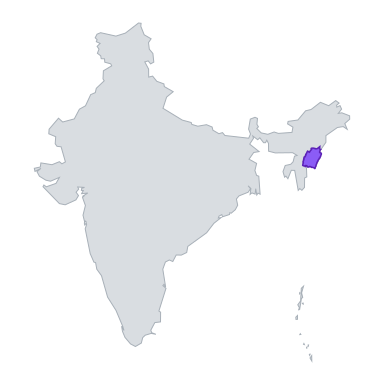 location of Manipur within India
{"feature_id": "IND-2478", "entity_name": "Manipur", "entity_type": "State", "adm_level": 1, "iso_a3": "IND", "parent_name": "India", "parent_adm1": "", "projection": "mercator", "projection_center": [93.694, 24.765], "detail": "fine", "context": "in_parent", "style": "filled", "palette": "violet", "viewbox_px": 384, "rotation_deg": 0, "n_neighbors": 0, "source": "natural_earth", "source_scale": "10m", "svg_char_len": 6284}
<svg xmlns="http://www.w3.org/2000/svg" viewBox="0 0 384 384"><path d="M34.3,168.3L40.3,167.0L40.9,162.9L52.0,164.7L59.4,161.7L61.9,163.8L65.4,161.9L61.1,146.8L57.0,146.3L55.2,143.8L55.7,136.7L48.8,133.8L49.1,129.2L58.5,118.2L62.7,122.0L74.3,118.9L79.4,109.2L85.5,105.8L90.7,94.6L95.3,92.6L96.3,88.3L104.2,80.8L103.0,78.9L103.4,70.8L111.7,65.8L110.7,63.8L104.8,62.2L104.5,58.8L101.2,58.7L100.7,55.8L97.4,53.3L99.0,49.1L97.1,46.4L100.1,43.4L96.3,41.7L97.1,39.6L95.2,37.8L97.0,34.2L100.6,32.7L115.9,36.1L125.4,33.1L138.5,23.0L141.1,23.3L140.8,26.3L144.2,34.8L151.1,38.8L148.5,42.6L149.3,49.2L152.9,53.5L153.8,62.1L150.6,63.9L148.2,60.9L144.8,61.9L148.6,69.1L148.7,77.1L152.6,76.1L156.8,81.3L163.9,83.9L164.3,86.6L173.2,91.7L166.6,97.1L163.0,108.3L182.3,120.1L191.2,122.5L191.8,124.4L197.8,126.2L206.5,124.7L212.1,127.0L212.9,130.2L218.9,133.7L222.5,132.6L224.9,135.5L248.7,138.2L250.5,134.0L248.6,129.1L250.3,119.1L255.0,117.3L257.5,118.4L256.9,124.3L258.4,126.8L256.8,128.5L261.2,132.9L267.8,134.3L274.1,132.0L278.4,133.4L292.0,132.4L292.9,127.1L287.6,123.9L288.1,121.4L297.9,120.0L305.6,110.8L311.1,109.5L320.4,102.3L328.7,105.7L335.7,100.6L339.1,103.1L336.6,105.2L336.8,107.1L340.0,105.6L341.6,109.1L338.3,113.4L341.8,112.8L349.6,115.8L349.7,119.2L344.8,123.5L347.2,129.3L343.2,126.6L337.4,127.5L325.9,135.6L325.9,142.3L319.9,150.9L321.3,154.2L315.0,168.1L306.4,165.9L306.8,176.9L304.6,178.0L304.5,187.4L301.9,190.3L299.8,188.6L298.2,190.4L294.7,170.4L291.3,170.3L287.9,178.7L285.9,176.1L284.6,177.2L283.0,171.6L285.2,165.5L290.7,164.3L293.1,161.8L294.5,156.2L297.1,155.4L292.6,152.7L275.2,152.9L268.6,151.2L268.5,143.5L266.8,140.2L265.5,142.7L263.6,142.7L259.8,137.8L257.7,139.7L252.8,136.0L253.5,138.3L249.7,144.1L259.1,151.6L253.7,152.5L249.0,159.2L256.6,163.4L254.9,170.5L256.6,175.4L258.8,176.2L260.1,194.2L258.0,193.1L256.8,195.0L255.7,188.7L255.1,194.1L251.9,192.9L250.1,194.4L250.9,188.5L248.1,185.8L250.5,188.7L248.2,192.2L239.0,195.9L236.4,199.0L237.7,205.2L235.3,209.7L231.2,213.2L229.8,212.7L229.5,214.5L222.5,216.8L221.8,214.6L219.0,216.1L218.3,218.0L221.1,217.6L213.9,223.3L206.6,232.8L187.8,246.4L186.7,252.5L181.3,255.1L176.2,255.0L172.8,261.5L169.3,260.0L165.4,262.0L162.8,269.2L165.6,286.9L163.9,284.4L162.9,285.6L166.0,288.3L158.9,311.0L160.6,312.2L160.5,321.9L154.8,322.6L150.8,330.2L151.7,332.7L155.9,334.3L151.2,333.4L145.2,335.2L142.7,337.6L141.3,343.1L135.4,346.5L130.5,343.9L125.0,337.4L122.5,331.4L121.6,326.2L124.0,330.5L122.7,326.3L116.0,310.4L107.6,297.1L101.5,275.7L96.8,269.2L95.6,262.6L93.9,262.1L90.2,253.6L85.2,228.8L86.6,224.5L86.3,223.0L84.8,225.0L84.4,223.9L84.5,221.3L86.4,221.6L84.3,220.6L83.0,215.2L85.4,205.5L82.5,197.4L83.7,196.3L82.4,196.4L87.8,193.0L81.6,193.7L83.3,190.5L81.4,190.4L81.7,188.3L84.5,187.4L77.7,187.0L78.7,189.1L76.1,192.2L78.5,195.6L75.9,199.9L65.2,204.8L59.4,203.6L43.0,186.7L43.9,185.0L46.3,186.8L56.0,183.4L59.4,177.4L50.5,181.2L45.9,180.2L39.4,176.2L37.0,171.7L40.9,168.4L35.0,171.4L34.3,168.3ZM299.8,308.5L297.8,304.8L300.6,300.9L301.3,288.3L303.5,286.2L301.6,292.9L302.7,297.4L301.4,298.6L299.8,308.5ZM311.7,355.6L311.8,361.0L310.0,358.0L311.7,355.6ZM297.5,319.3L296.0,319.4L295.8,317.2L297.5,315.5L297.5,319.3ZM306.9,347.1L306.8,348.7L306.5,347.2L306.9,347.1ZM308.6,345.0L308.0,347.0L308.2,344.9L308.6,345.0ZM310.3,353.7L309.7,355.4L309.3,354.7L310.3,353.7ZM300.8,334.5L299.8,334.6L300.3,333.7L300.8,334.5ZM299.5,309.3L298.5,310.2L299.0,308.8L299.5,309.3ZM303.0,303.0L303.5,304.5L302.4,303.4L303.0,303.0ZM304.4,344.6L303.5,344.3L303.9,343.5L304.4,344.6ZM299.9,292.9L299.4,294.5L299.7,292.7L299.9,292.9Z" fill="#d9dde1" stroke="#a8b0b8" stroke-width="1"/><path d="M320.7,149.4L320.5,149.6L320.2,150.0L319.6,151.8L319.6,152.3L319.9,152.7L320.3,152.8L320.7,152.9L321.1,153.1L321.3,153.4L321.4,153.9L321.3,154.4L321.1,154.8L320.9,155.0L320.7,156.1L320.6,156.4L320.1,157.0L320.1,157.3L320.1,157.5L320.0,157.8L319.9,158.0L319.7,158.2L319.4,158.2L319.2,158.3L319.2,158.5L318.9,159.3L318.8,159.5L318.3,159.9L318.2,160.0L318.0,160.8L317.8,160.9L317.7,161.0L317.6,161.6L317.3,161.8L317.2,162.0L317.2,162.3L316.9,162.6L316.8,162.9L316.8,163.3L316.7,163.5L316.2,164.7L316.1,165.2L316.0,165.6L316.0,165.8L315.9,165.9L315.8,166.1L315.8,166.5L315.7,166.7L315.2,167.4L315.1,167.6L315.1,167.8L315.1,168.1L315.1,168.3L314.9,168.5L314.7,168.5L314.6,168.3L314.4,168.1L313.6,167.6L313.4,167.6L313.0,167.5L312.7,167.4L312.4,167.3L311.5,167.4L311.3,167.3L310.9,166.7L310.5,166.6L310.0,166.5L309.5,166.5L309.2,166.7L309.2,166.8L309.0,167.0L308.9,167.0L308.8,166.9L308.7,166.9L308.2,167.1L307.8,167.1L307.7,167.0L307.7,166.8L307.6,166.7L307.2,166.3L307.1,166.2L306.8,165.7L306.6,165.6L306.3,165.7L306.2,165.9L306.1,166.1L305.6,166.4L305.6,166.2L305.4,165.8L305.2,166.0L304.9,166.2L304.7,166.1L304.6,165.9L304.4,165.9L304.2,166.0L303.9,166.0L303.8,165.9L303.6,165.8L302.8,165.5L302.7,165.4L302.7,165.2L302.8,165.1L302.8,164.7L302.9,164.4L302.9,164.2L303.0,163.9L303.0,163.5L303.0,163.4L303.0,163.2L303.3,162.9L303.3,162.6L303.1,162.4L303.1,162.0L303.0,161.9L303.0,161.7L303.3,161.4L303.4,160.4L303.5,160.0L303.6,159.9L303.8,159.9L303.9,159.6L303.7,159.2L303.9,158.9L304.0,158.7L303.9,158.6L303.8,158.4L303.8,158.2L304.0,157.8L304.1,157.4L304.1,157.2L304.3,156.9L304.5,156.8L304.7,157.0L304.8,157.0L305.0,156.9L305.1,156.7L305.3,156.2L305.6,155.8L305.6,155.6L305.4,155.5L305.4,155.4L305.5,155.3L305.7,155.2L305.8,155.1L305.7,154.6L305.7,154.4L305.8,154.2L306.0,154.0L306.3,153.9L306.3,153.7L306.5,153.4L306.8,152.6L307.1,151.9L307.3,151.6L307.4,151.4L307.7,151.1L307.8,151.2L307.9,151.3L308.0,151.4L308.2,151.5L308.3,151.5L308.5,151.7L308.8,151.7L308.9,151.8L309.0,151.9L309.0,152.0L309.3,152.3L309.5,152.2L309.9,151.6L310.2,151.0L310.2,150.9L310.4,150.6L310.7,150.4L311.6,149.4L311.6,149.2L311.5,148.9L311.4,148.9L311.1,148.8L311.1,148.7L311.2,148.4L311.3,148.3L311.5,148.2L312.9,148.1L313.4,148.2L313.6,148.2L313.9,148.1L314.1,148.2L314.2,148.3L314.4,148.5L314.6,148.5L314.8,148.6L315.0,148.6L315.3,148.5L315.5,148.6L315.6,148.8L315.8,148.8L316.4,148.8L317.2,148.6L317.6,148.4L317.8,148.3L318.0,148.1L318.2,147.8L318.4,147.6L318.8,147.4L319.0,147.3L319.8,146.6L319.8,146.9L319.8,147.3L319.7,147.6L319.7,147.8L319.5,148.5L319.6,148.9L320.1,149.2L320.3,149.3L320.7,149.4L320.7,149.4Z" fill="#8b5cf6" stroke="#5b21b6" stroke-width="1.5"/></svg>